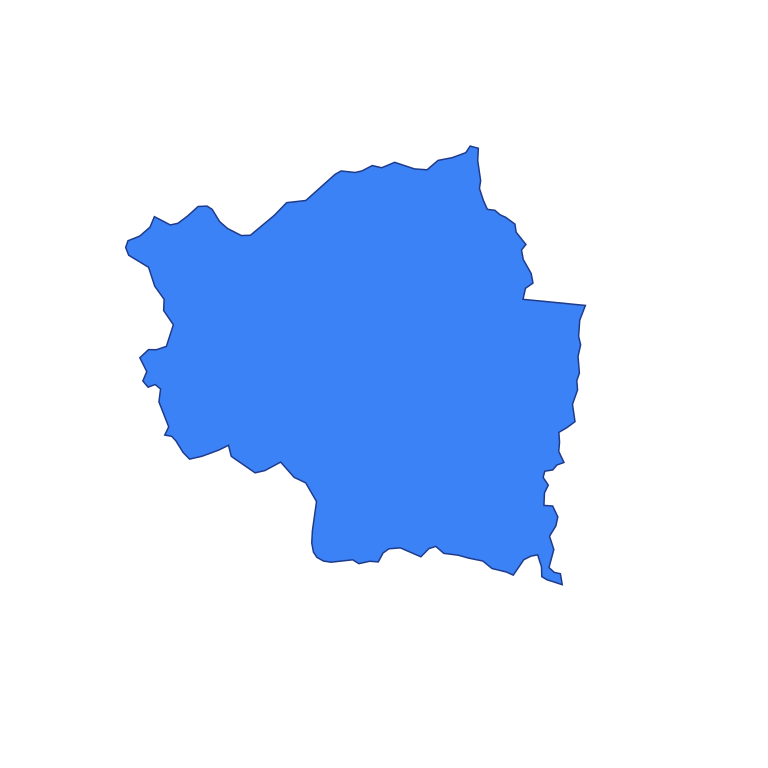 the district of Caraá, Rio Grande do Sul, Brazil, rotated 237°
{"feature_id": "56859067B89739893768390", "entity_name": "Caraá", "entity_type": "district", "adm_level": 2, "iso_a3": "BRA", "parent_name": "Brazil", "parent_adm1": "Rio Grande do Sul", "projection": "mercator", "projection_center": [-50.349, -29.77], "detail": "fine", "context": "isolated", "style": "filled", "palette": "blue", "viewbox_px": 768, "rotation_deg": 237, "n_neighbors": 0, "source": "geoboundaries", "source_scale": "gbopen_adm2", "svg_char_len": 1899}
<svg xmlns="http://www.w3.org/2000/svg" viewBox="0 0 768 768"><g transform="rotate(237 384 384)"><path d="M649.4,282.6L643.0,273.2L641.1,259.7L643.6,247.3L639.2,241.7L631.0,240.0L610.1,250.1L590.9,245.0L574.8,245.7L565.6,239.2L548.4,239.6L534.1,222.0L536.7,211.8L541.1,205.2L539.0,193.5L523.6,191.8L517.9,183.4L509.8,184.4L508.2,191.8L501.5,193.9L491.6,185.5L465.3,180.1L460.6,172.3L455.7,177.5L449.7,178.5L436.1,178.2L426.9,180.0L422.5,192.1L418.6,209.3L417.3,220.2L406.5,216.5L379.7,227.5L376.3,236.8L374.8,254.8L354.6,257.8L343.7,264.5L322.2,263.4L299.9,244.0L290.0,236.8L281.5,233.3L275.2,233.3L268.5,236.8L263.4,242.5L253.6,262.0L247.0,265.1L243.1,275.5L237.9,282.3L242.8,291.2L243.1,298.4L237.7,308.4L219.0,320.8L221.5,332.0L219.6,339.0L209.4,341.9L200.0,353.0L191.7,360.3L181.8,370.4L170.4,374.1L159.6,384.3L153.3,388.3L160.5,405.6L159.6,413.5L157.0,419.8L144.9,416.5L136.5,411.4L131.1,414.0L118.6,424.2L128.8,428.6L133.3,424.2L140.2,422.4L152.7,436.3L166.2,439.9L171.4,450.9L177.9,457.4L189.8,459.0L195.1,452.0L205.3,459.3L209.7,466.7L219.0,466.6L223.3,471.4L220.0,478.7L221.9,484.9L220.2,492.2L232.2,493.8L239.7,499.6L248.2,504.3L247.8,513.9L248.4,523.7L264.3,531.0L273.6,543.1L281.8,547.5L286.7,553.8L301.5,561.8L309.7,570.2L318.0,573.2L330.9,582.9L340.2,595.7L345.3,589.3L379.3,546.7L387.2,554.8L387.5,563.9L396.5,567.6L412.6,568.6L421.5,572.3L423.7,579.0L439.3,577.5L446.8,580.9L457.6,576.8L462.7,573.5L469.3,571.6L474.2,565.8L484.1,567.4L496.1,570.6L501.9,575.8L520.2,584.2L530.3,591.5L536.6,585.9L533.5,578.6L535.1,571.3L536.7,564.4L542.1,551.1L540.2,536.8L547.8,526.7L564.1,513.7L566.6,499.9L573.6,493.1L574.7,481.7L577.1,475.0L586.0,464.1L586.5,457.2L580.5,418.4L589.1,401.1L585.2,383.9L581.5,353.0L586.2,345.2L599.6,337.5L609.7,334.6L624.1,335.0L629.6,332.5L634.1,324.8L631.9,311.0L631.0,298.7L633.8,291.4L649.4,282.6Z" fill="#3b82f6" stroke="#1e3a8a" stroke-width="1.5"/></g></svg>